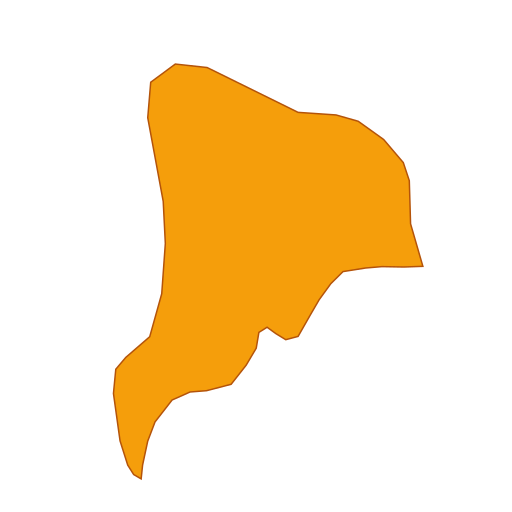 the border of South West, rotated 81°
{"feature_id": "SGP-4872", "entity_name": "South West", "entity_type": "state/province", "adm_level": 1, "iso_a3": "SGP", "parent_name": "Singapore", "parent_adm1": "", "projection": "albers", "projection_center": [103.764, 1.348], "detail": "fine", "context": "isolated", "style": "filled", "palette": "amber", "viewbox_px": 512, "rotation_deg": 81, "n_neighbors": 0, "source": "natural_earth", "source_scale": "10m", "svg_char_len": 703}
<svg xmlns="http://www.w3.org/2000/svg" viewBox="0 0 512 512"><g transform="rotate(81 256 256)"><path d="M458.2,404.3L452.7,411.0L442.5,415.4L417.3,419.2L369.5,418.3L345.9,412.2L335.8,400.5L319.1,373.6L278.5,355.0L229.5,343.6L187.6,339.1L102.5,341.3L67.9,332.8L53.8,305.7L62.2,274.8L120.7,192.0L129.2,154.9L138.9,134.0L160.9,111.7L186.8,95.9L205.6,92.8L248.4,98.3L292.3,92.8L290.0,111.7L286.2,133.2L285.0,149.7L285.0,172.5L295.1,186.5L309.0,200.4L323.0,211.8L342.0,227.0L343.3,239.7L335.7,248.6L328.1,256.2L331.9,265.1L347.1,270.2L362.3,282.8L378.8,300.6L381.3,325.9L380.0,342.4L385.1,361.4L404.1,381.7L421.9,391.9L444.7,400.7L458.2,404.3Z" fill="#f59e0b" stroke="#b45309" stroke-width="1.5"/></g></svg>